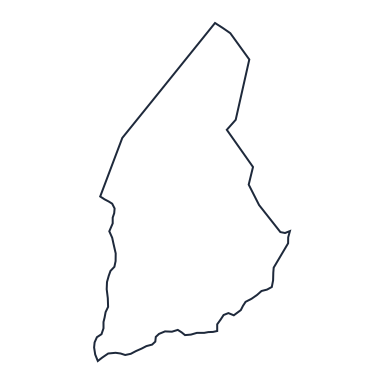 the district of Barrocas, Bahia, Brazil
{"feature_id": "56859067B90596370727458", "entity_name": "Barrocas", "entity_type": "district", "adm_level": 2, "iso_a3": "BRA", "parent_name": "Brazil", "parent_adm1": "Bahia", "projection": "robinson", "projection_center": [-39.103, -11.527], "detail": "fine", "context": "isolated", "style": "outline", "palette": "slate", "viewbox_px": 384, "rotation_deg": 0, "n_neighbors": 0, "source": "geoboundaries", "source_scale": "gbopen_adm2", "svg_char_len": 1196}
<svg xmlns="http://www.w3.org/2000/svg" viewBox="0 0 384 384"><path d="M122.3,137.9L100.2,196.5L104.5,199.3L108.7,201.5L112.2,203.7L114.6,208.5L114.2,213.2L112.7,217.6L112.7,223.4L109.3,231.3L112.2,237.8L113.5,243.8L115.7,253.4L115.6,261.1L114.4,266.8L110.5,270.9L108.8,275.6L107.0,282.0L106.7,289.2L107.8,298.2L108.1,306.9L105.6,312.1L104.6,317.5L103.5,322.0L103.5,328.3L101.5,334.2L96.9,337.2L94.6,342.4L94.1,347.5L95.2,354.5L97.8,361.0L102.2,357.6L108.2,353.5L115.6,352.8L120.6,353.5L125.2,355.0L130.8,353.8L135.9,351.1L141.6,348.6L146.4,346.1L152.1,344.6L155.3,341.6L155.8,336.9L159.0,333.9L165.0,331.4L171.9,331.7L177.8,329.9L181.7,332.4L185.0,335.1L190.9,334.6L196.8,332.9L204.0,332.9L208.3,332.1L213.1,331.9L217.2,331.0L217.2,324.3L220.8,319.3L223.6,315.0L228.4,313.1L233.8,315.3L240.8,310.1L243.0,305.8L245.6,301.8L251.5,298.8L257.1,294.9L261.5,291.0L267.0,289.6L271.8,287.0L273.1,280.3L273.3,272.6L273.7,267.6L276.8,262.4L288.1,243.3L288.2,237.3L289.9,231.1L285.0,233.0L280.4,232.1L259.1,205.1L248.7,184.6L253.0,167.0L247.8,159.6L226.8,129.8L235.7,119.8L249.3,59.5L230.3,33.2L223.1,28.2L215.0,23.0L157.3,94.6L154.4,98.2L122.3,137.9Z" fill="none" stroke="#1e293b" stroke-width="2"/></svg>